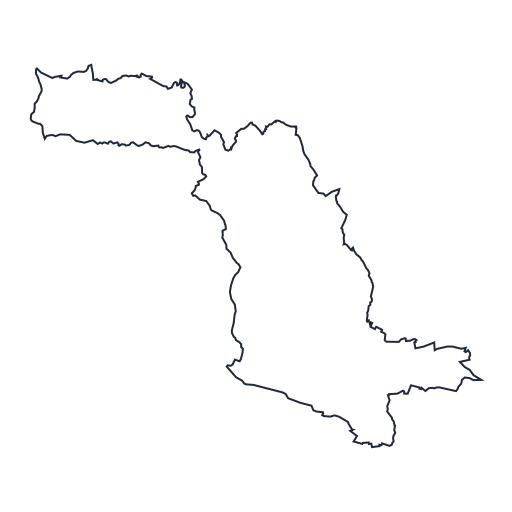 Izvoru Barzii, Mehedinti, Romania (Albers equal-area conic projection)
{"feature_id": "2599482B77964266021136", "entity_name": "Izvoru Barzii", "entity_type": "district", "adm_level": 2, "iso_a3": "ROU", "parent_name": "Romania", "parent_adm1": "Mehedinti", "projection": "albers", "projection_center": [22.639, 44.717], "detail": "fine", "context": "isolated", "style": "outline", "palette": "slate", "viewbox_px": 512, "rotation_deg": 0, "n_neighbors": 0, "source": "geoboundaries", "source_scale": "gbopen_adm2", "svg_char_len": 5983}
<svg xmlns="http://www.w3.org/2000/svg" viewBox="0 0 512 512"><path d="M310.1,163.6L308.4,159.7L304.5,154.2L303.3,151.0L302.4,145.8L299.8,138.0L297.8,135.2L295.7,134.8L296.4,128.3L295.7,127.7L296.3,127.0L296.2,126.5L290.7,126.5L286.1,124.8L282.9,122.4L281.3,122.2L279.4,120.9L276.5,120.6L275.8,121.9L275.1,121.2L271.2,124.4L269.5,124.3L267.5,126.7L265.9,126.5L266.1,127.9L265.5,128.5L266.0,129.2L265.0,130.0L265.0,131.2L263.6,131.7L263.2,133.8L262.3,134.3L260.0,130.8L255.3,125.6L252.6,124.6L251.9,122.6L250.4,122.8L247.3,126.3L243.9,128.8L241.3,128.8L236.1,133.1L237.1,134.7L237.0,136.2L235.9,136.3L234.8,138.7L236.0,140.6L235.9,141.9L232.7,145.4L231.3,148.9L230.9,148.1L230.5,149.2L228.4,150.7L225.4,149.7L223.3,144.2L224.0,142.2L221.1,136.9L221.0,134.7L218.7,132.6L214.5,130.3L209.4,135.9L208.6,136.2L207.6,135.1L207.6,136.5L206.3,137.5L206.0,139.2L204.0,138.8L201.9,137.2L199.9,132.0L198.8,130.7L196.8,130.1L194.4,131.4L192.3,130.3L190.4,124.6L187.1,119.3L186.3,116.5L186.9,115.7L187.8,115.6L189.8,117.1L192.4,117.2L194.8,114.4L195.0,112.6L194.2,109.6L194.4,107.6L191.6,106.3L189.8,104.1L190.5,99.7L192.0,98.9L191.6,96.0L190.3,93.1L191.9,89.6L187.7,83.9L184.5,82.3L184.0,82.6L184.9,85.7L184.7,86.7L183.3,87.8L181.3,87.5L181.0,86.5L181.6,83.3L182.0,82.3L183.0,81.9L181.2,79.5L180.4,79.5L180.2,81.9L179.2,84.2L177.8,85.3L177.1,85.4L177.1,83.3L176.7,82.5L175.2,82.1L173.9,83.0L171.8,87.4L167.9,88.9L166.5,86.5L163.3,86.1L150.2,78.9L151.5,78.2L152.2,77.2L151.9,76.6L146.5,76.1L141.8,73.6L140.6,75.0L140.7,76.6L139.0,77.4L136.9,76.7L137.4,75.7L137.1,75.5L135.0,76.1L130.8,75.7L128.8,76.5L126.3,75.5L122.4,76.0L120.7,78.1L118.0,78.9L116.6,80.3L111.0,83.0L108.3,81.9L105.9,79.0L103.7,79.2L102.8,79.8L102.5,81.4L97.4,80.0L97.7,79.6L96.8,79.1L95.4,79.8L93.3,79.9L92.9,74.0L91.2,64.9L88.6,65.9L87.7,68.7L86.0,71.0L83.8,71.9L77.8,71.5L73.5,72.9L71.0,75.0L69.9,76.7L67.3,78.6L60.4,77.4L61.3,75.8L54.8,76.9L52.4,78.0L41.1,72.6L36.9,68.5L36.2,69.0L36.0,70.6L36.0,73.8L38.2,77.9L39.1,81.5L40.5,84.4L41.7,89.1L41.6,91.1L38.7,96.6L38.7,97.7L36.9,101.4L34.7,103.6L34.7,107.7L34.0,111.9L31.4,114.1L30.7,118.2L31.2,120.1L32.5,121.4L38.5,123.8L40.1,123.8L42.4,126.2L42.8,132.7L44.8,138.8L46.4,136.1L49.9,135.2L53.1,135.1L55.4,136.2L60.2,134.4L67.4,134.7L69.7,134.9L76.2,140.9L84.4,142.7L92.9,140.2L97.7,144.0L100.1,142.5L102.3,143.5L103.9,142.4L105.0,142.5L107.8,143.7L109.3,141.8L110.8,141.3L113.3,143.5L117.2,142.4L118.6,143.9L118.4,145.3L119.3,145.8L121.8,144.2L125.0,144.7L125.8,145.5L128.4,145.2L129.7,144.6L131.0,142.8L133.0,142.2L136.9,145.2L138.8,146.0L142.6,144.6L145.5,142.3L149.0,143.2L150.6,145.3L153.0,146.2L158.4,145.6L158.7,146.9L159.5,147.4L161.7,147.3L162.9,148.0L168.4,145.9L170.2,146.8L173.9,146.0L175.9,146.4L184.4,149.8L188.8,150.6L190.1,152.1L194.3,152.4L195.5,151.0L199.2,149.6L199.4,150.0L198.4,151.1L198.1,152.3L200.4,157.2L199.0,160.1L199.9,164.5L202.0,167.2L202.1,172.9L203.2,174.3L205.4,174.9L206.2,176.4L203.7,179.1L197.9,181.9L199.0,183.9L198.8,184.8L195.8,185.9L195.7,187.4L194.6,190.4L191.8,193.2L193.3,195.9L195.2,195.4L199.8,199.6L206.2,201.0L209.8,205.9L210.5,208.7L211.6,210.4L217.1,212.9L219.8,214.7L224.2,220.9L224.9,224.1L225.6,225.4L225.8,229.2L222.5,230.7L222.8,235.0L222.3,237.6L226.3,244.8L226.5,248.7L230.6,252.6L232.8,257.8L236.7,262.8L238.6,264.3L240.4,267.3L238.2,272.1L235.1,275.1L233.3,278.4L231.0,285.3L229.9,291.9L231.2,298.8L234.9,304.7L235.7,311.4L234.6,314.8L233.7,323.0L231.9,330.1L231.9,332.8L233.8,336.8L235.2,337.8L235.8,340.0L239.5,342.3L241.2,344.2L241.1,347.0L242.9,348.7L242.5,352.9L240.8,359.3L239.6,361.3L234.9,359.6L232.7,364.4L230.9,365.7L227.7,365.4L226.7,366.6L236.1,377.3L242.2,380.7L244.1,383.4L245.8,384.3L253.5,384.9L282.5,392.4L285.7,394.0L288.1,398.2L300.6,402.9L311.5,405.7L313.4,410.3L316.7,411.6L322.9,412.2L323.2,413.5L322.2,415.1L323.9,416.1L330.3,416.6L334.6,415.4L338.8,416.6L348.0,422.0L348.6,423.8L352.0,429.4L353.0,429.7L350.3,430.9L357.0,436.0L353.6,441.5L362.3,443.9L362.9,442.9L368.8,442.5L368.9,444.0L371.3,443.7L372.0,447.1L379.6,446.1L379.5,444.7L381.4,445.1L382.1,444.4L382.1,443.4L389.6,445.9L391.9,444.6L392.3,442.9L393.6,441.3L393.1,438.3L393.4,436.1L395.2,432.8L394.2,429.9L395.0,425.7L394.6,425.2L394.6,425.8L393.7,421.4L392.1,419.3L391.9,417.7L387.2,411.5L387.8,408.7L387.2,406.3L389.6,400.3L387.9,395.2L389.2,394.9L389.2,394.1L397.3,393.7L403.0,390.7L404.1,391.4L404.2,393.6L407.7,393.7L411.0,385.3L419.5,387.5L419.4,388.6L421.2,389.0L421.6,387.9L425.4,391.0L428.7,388.2L432.8,387.8L434.0,388.4L436.4,387.5L439.4,387.4L456.0,391.1L457.4,389.4L458.5,386.6L461.2,383.7L462.0,379.8L464.7,377.5L469.6,378.1L473.4,380.1L481.3,379.9L473.6,375.2L469.7,369.9L464.8,367.1L459.9,361.9L469.6,359.7L469.2,358.5L469.2,356.9L470.2,355.3L470.0,353.1L468.1,350.2L465.9,352.1L464.5,351.4L465.7,347.8L461.4,348.8L452.6,346.6L447.6,346.5L437.3,348.8L434.7,350.2L434.2,342.5L423.3,346.7L415.4,348.3L414.3,342.5L415.1,342.1L415.7,343.0L415.4,341.2L416.5,340.2L415.0,339.1L412.9,339.3L410.2,340.7L405.9,341.0L405.6,338.6L404.9,338.2L401.1,339.4L398.8,341.9L386.3,341.7L384.7,340.1L385.4,334.4L384.2,333.2L381.2,331.7L382.1,329.8L376.2,326.8L374.9,329.1L370.4,326.7L372.2,323.0L370.8,322.3L369.9,323.9L368.8,320.4L367.2,321.7L366.8,320.9L367.6,314.4L367.1,313.0L368.2,310.6L368.7,306.1L370.3,304.8L370.2,302.4L371.5,301.8L371.9,300.6L372.0,299.6L370.9,296.4L373.2,286.6L372.4,282.8L371.7,282.0L371.5,280.2L368.9,276.0L368.8,275.1L369.5,273.4L368.2,270.5L366.3,268.2L363.0,261.5L361.6,260.1L360.2,257.4L356.5,254.5L354.0,250.5L353.0,247.6L352.0,248.6L351.9,250.4L351.1,250.1L346.7,244.8L345.1,244.0L343.7,244.3L344.2,242.9L343.7,238.1L344.2,234.7L342.8,232.6L342.4,229.2L341.3,228.3L345.3,219.9L346.8,214.8L343.1,211.8L340.3,207.1L337.1,203.2L337.1,201.7L336.4,200.9L335.8,196.4L336.2,195.3L336.9,195.3L338.4,193.0L339.3,189.1L331.8,191.8L325.7,196.1L323.5,193.6L318.4,193.0L313.0,185.2L313.3,181.3L314.0,180.5L314.8,177.6L317.1,175.5L313.5,169.7L310.5,166.1L310.1,163.6Z" fill="none" stroke="#1e293b" stroke-width="2"/></svg>